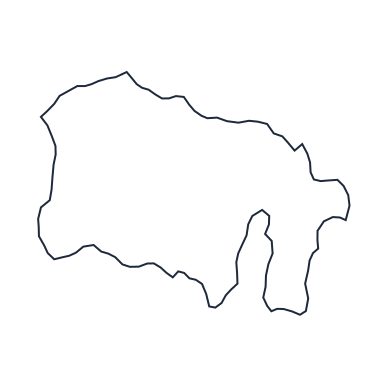 the district of Passabém, Minas Gerais, Brazil, rotated 186°
{"feature_id": "56859067B62293805835790", "entity_name": "Passabém", "entity_type": "district", "adm_level": 2, "iso_a3": "BRA", "parent_name": "Brazil", "parent_adm1": "Minas Gerais", "projection": "equal_earth", "projection_center": [-43.184, -19.36], "detail": "fine", "context": "isolated", "style": "outline", "palette": "slate", "viewbox_px": 384, "rotation_deg": 186, "n_neighbors": 0, "source": "geoboundaries", "source_scale": "gbopen_adm2", "svg_char_len": 1634}
<svg xmlns="http://www.w3.org/2000/svg" viewBox="0 0 384 384"><g transform="rotate(186 192 192)"><path d="M276.1,123.3L268.9,122.0L261.6,119.2L253.6,112.7L246.0,111.1L237.1,112.2L229.0,116.2L222.5,117.0L215.4,113.7L208.9,108.9L202.2,105.1L197.4,111.6L191.3,110.7L185.6,105.9L179.0,105.1L172.4,101.6L167.2,92.0L162.9,80.0L156.7,79.5L151.0,84.7L147.6,92.8L142.9,99.1L137.2,105.6L138.7,116.2L140.6,126.8L139.6,135.8L136.6,144.8L133.2,154.6L132.7,165.7L129.5,174.5L120.4,181.5L112.7,176.3L112.1,167.7L114.9,157.9L107.6,151.6L105.4,139.3L108.5,128.2L109.7,116.7L108.9,105.4L110.1,94.5L105.4,86.7L100.6,81.7L95.1,84.7L88.6,85.2L80.0,83.7L71.8,81.2L66.3,85.5L65.3,98.3L69.9,112.7L68.3,126.0L67.9,136.1L65.3,143.9L60.6,148.9L62.2,157.1L63.1,166.5L57.8,176.6L49.3,181.8L42.2,182.1L36.2,180.1L33.9,194.9L36.3,205.2L41.8,213.8L48.6,219.3L57.8,217.7L65.1,216.3L72.1,217.2L76.1,224.0L77.7,233.8L81.3,242.2L87.4,251.2L94.3,243.9L101.8,251.2L108.0,256.8L116.8,258.8L124.4,267.5L133.6,268.8L142.7,268.8L153.0,265.8L164.6,266.1L174.9,268.6L184.4,267.0L190.5,268.8L198.0,272.9L203.8,278.4L210.1,285.7L218.0,285.7L224.7,282.7L231.6,281.9L238.7,285.2L245.8,289.2L252.5,290.4L258.3,293.5L263.0,298.2L269.5,304.5L280.0,298.2L288.4,296.0L296.7,292.5L303.3,288.7L309.4,286.2L317.1,285.4L325.8,279.3L333.7,273.8L338.2,265.3L344.6,257.2L350.1,250.9L342.8,243.2L337.0,232.4L332.6,223.5L331.5,215.0L332.5,204.9L332.3,191.1L331.9,179.6L332.6,169.0L340.6,160.9L342.2,149.1L340.8,141.3L339.6,132.0L333.5,123.5L329.1,116.2L322.0,110.7L313.6,113.7L307.6,115.7L301.1,119.5L294.4,126.3L284.3,129.0L276.1,123.3Z" fill="none" stroke="#1e293b" stroke-width="2"/></g></svg>